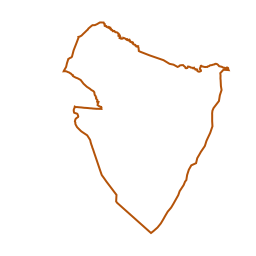 Ikere, Ekiti, Nigeria, rotated 289°
{"feature_id": "59680162B84830000650933", "entity_name": "Ikere", "entity_type": "district", "adm_level": 2, "iso_a3": "NGA", "parent_name": "Nigeria", "parent_adm1": "Ekiti", "projection": "equal_earth", "projection_center": [5.272, 7.511], "detail": "fine", "context": "isolated", "style": "outline", "palette": "amber", "viewbox_px": 256, "rotation_deg": 289, "n_neighbors": 0, "source": "geoboundaries", "source_scale": "gbopen_adm2", "svg_char_len": 5436}
<svg xmlns="http://www.w3.org/2000/svg" viewBox="0 0 256 256"><g transform="rotate(289 128 128)"><path d="M215.5,204.3L215.7,204.1L215.9,203.6L216.1,203.4L216.5,203.5L217.3,203.1L217.5,202.3L217.4,201.8L216.7,201.4L216.3,201.0L216.4,200.5L216.4,199.8L216.3,199.3L216.1,198.2L216.3,197.4L216.4,196.6L216.3,195.8L216.2,194.9L216.1,194.1L216.5,193.4L217.0,192.6L217.3,191.7L217.4,191.0L217.3,190.1L216.9,189.4L216.4,189.2L216.0,188.5L215.5,187.7L214.7,186.7L214.0,185.2L212.9,184.5L212.3,183.5L211.6,183.2L211.0,181.6L210.8,181.2L210.6,180.3L210.5,179.1L210.4,178.1L210.7,176.9L210.4,176.6L209.0,176.8L207.8,176.5L207.0,177.0L206.6,177.8L206.2,178.2L205.7,178.4L204.7,177.5L204.4,176.9L204.3,176.6L204.3,175.8L204.5,175.4L204.7,174.8L205.5,174.6L205.9,174.0L205.5,173.3L205.2,172.8L205.7,172.4L205.8,171.3L206.5,170.8L206.3,170.5L205.8,170.5L205.6,170.1L205.9,169.5L205.8,168.6L205.6,167.7L205.7,167.3L205.9,166.4L205.8,165.8L205.7,165.2L205.7,164.8L205.1,164.7L204.8,164.7L204.5,164.7L204.0,164.5L203.7,164.0L203.5,163.6L203.4,163.2L203.5,162.8L203.7,162.7L204.2,162.4L204.8,160.8L205.4,159.6L205.1,158.8L204.7,157.9L204.2,156.9L203.8,156.5L203.2,156.3L202.5,155.7L201.9,155.0L202.7,150.4L202.2,146.4L203.7,139.5L203.7,128.9L203.7,124.8L204.0,117.4L204.1,114.7L204.2,113.8L204.3,113.2L207.1,111.9L207.9,111.4L208.2,111.0L208.0,110.7L207.9,110.0L207.8,109.5L208.0,109.4L208.3,109.6L208.1,108.9L208.3,108.2L208.6,108.0L209.0,107.8L208.9,107.1L209.0,106.4L208.9,106.0L209.1,105.5L209.3,105.2L209.6,105.2L209.8,105.2L210.3,105.0L210.6,104.5L210.6,104.1L210.4,103.8L210.2,103.6L210.3,103.5L210.4,103.0L210.2,102.7L210.2,102.4L210.3,102.3L210.5,102.6L210.6,102.3L210.5,101.9L210.8,101.8L210.9,101.6L211.1,101.5L211.3,101.3L211.1,101.3L210.9,101.2L210.9,100.9L211.0,100.9L211.3,101.0L211.4,100.8L211.3,100.4L211.1,100.3L211.2,100.0L211.4,100.1L211.5,99.9L211.5,99.6L211.4,99.6L211.2,99.5L211.0,99.4L210.9,99.0L210.9,98.5L211.0,98.1L211.1,97.9L211.4,97.7L211.6,97.7L211.5,97.4L211.3,97.5L211.2,97.3L211.3,97.0L211.5,96.8L211.8,95.4L211.7,94.6L211.7,94.2L211.3,94.3L210.7,93.7L210.3,92.9L210.2,92.6L210.2,92.1L210.4,92.0L210.4,91.9L210.3,91.7L210.3,91.3L210.5,91.4L210.6,91.6L210.8,91.9L211.1,91.6L211.3,91.5L211.4,91.0L211.1,90.9L211.0,90.6L211.4,90.5L211.6,90.6L211.8,90.6L212.1,90.5L211.9,90.1L211.9,89.8L212.0,89.3L212.3,89.5L212.5,89.1L212.9,89.3L213.2,89.7L213.4,89.5L213.1,88.9L213.6,88.5L213.8,88.2L214.2,88.2L214.3,87.7L214.7,87.1L214.8,86.1L214.6,85.4L214.5,85.0L214.5,84.8L214.9,84.2L214.9,83.8L215.3,83.5L215.3,83.3L215.2,82.9L215.1,82.5L214.9,82.7L214.6,82.1L214.8,81.9L215.0,81.9L215.2,81.1L215.4,81.0L215.6,80.9L215.6,80.7L215.5,80.3L215.4,79.8L215.7,79.3L215.8,79.9L216.2,79.7L216.4,79.2L216.6,78.8L217.1,78.6L217.0,78.1L217.2,77.6L217.3,77.1L216.9,77.0L216.6,76.8L216.9,76.5L216.6,76.2L216.6,75.0L217.1,74.7L217.3,74.3L217.0,74.0L217.2,73.6L217.1,73.0L217.0,72.7L217.3,72.5L217.7,72.5L218.2,72.4L218.6,72.3L218.6,71.7L218.9,71.5L219.4,71.0L219.8,70.6L218.6,67.0L216.1,64.9L214.5,63.2L213.6,60.9L212.4,60.1L209.0,58.1L208.1,58.0L206.9,57.3L203.9,55.8L203.0,55.3L200.3,54.0L198.9,52.8L198.3,51.9L197.9,51.4L197.4,51.8L190.9,51.6L183.8,51.3L177.2,51.8L176.3,51.4L175.0,50.0L174.4,49.7L173.9,49.1L169.3,49.2L165.6,49.6L161.0,48.7L160.7,48.7L160.9,49.1L161.1,49.9L161.3,50.5L161.5,51.2L161.4,52.2L161.3,53.5L161.3,54.5L161.1,55.0L161.0,55.3L160.9,56.0L160.8,56.5L160.4,57.1L160.2,57.4L160.0,58.7L159.4,58.8L159.2,59.0L158.8,61.1L158.7,61.7L158.6,62.6L158.6,63.5L158.6,64.1L158.0,67.6L155.4,71.5L153.6,75.6L152.7,79.2L152.0,81.0L151.6,83.2L151.3,83.8L150.8,84.5L149.6,85.1L148.9,85.5L148.2,86.0L148.0,86.6L147.5,87.1L147.2,87.2L146.7,87.6L146.6,88.0L146.0,88.1L145.4,88.2L145.1,88.8L144.6,89.8L144.0,90.2L143.5,90.3L143.2,90.1L142.8,90.2L142.8,90.6L143.0,91.6L142.6,91.6L141.9,91.7L141.5,91.4L141.3,91.4L140.0,91.8L139.8,91.8L139.7,92.3L139.5,92.6L139.3,93.3L139.1,94.9L139.1,95.4L139.2,95.8L138.8,96.1L138.6,96.3L138.3,96.3L138.0,96.4L137.8,96.5L137.4,96.7L137.2,96.0L136.5,93.8L136.2,92.8L135.9,92.0L135.4,90.1L134.9,88.2L134.8,87.5L134.5,86.5L134.2,85.3L133.5,82.3L133.1,81.0L132.7,79.4L132.3,77.4L131.9,75.9L131.6,74.7L131.3,73.4L130.8,71.7L130.9,70.7L129.9,70.8L129.3,70.9L128.7,70.8L128.0,70.7L127.6,70.8L127.1,70.9L126.6,71.1L126.0,71.4L125.2,71.9L124.9,72.2L124.9,72.7L124.9,73.1L124.9,73.8L125.0,74.8L124.8,75.6L124.2,76.1L124.0,76.3L123.4,76.8L123.0,77.0L122.7,77.2L122.1,77.2L120.9,76.3L120.5,76.0L120.1,75.8L119.7,75.6L119.3,75.5L118.8,75.5L118.2,75.5L117.6,75.6L117.1,75.6L116.8,75.7L116.1,76.4L115.0,76.8L114.5,77.1L113.8,77.8L112.2,79.6L111.2,81.6L109.7,84.7L109.4,85.7L107.8,91.8L104.6,95.8L103.9,96.4L102.4,97.3L101.3,98.1L100.3,98.8L98.9,100.0L97.8,100.7L96.7,101.7L93.4,104.2L88.5,108.0L79.3,115.1L75.6,118.0L75.1,118.4L74.7,118.9L72.3,122.3L70.4,124.9L61.0,138.9L54.7,140.7L53.7,142.1L36.2,183.9L38.6,185.5L43.5,188.3L48.5,190.1L52.7,191.0L57.6,191.9L61.9,192.8L66.8,194.7L71.0,195.6L76.0,196.5L80.9,197.4L85.1,197.4L92.2,199.2L95.9,199.4L97.8,200.1L99.4,199.8L102.8,199.2L108.4,199.1L113.3,200.0L116.9,203.8L122.0,203.3L127.6,204.4L128.9,204.6L135.9,206.5L138.0,206.5L140.0,206.4L141.6,206.4L145.5,206.8L150.0,207.3L157.1,207.3L162.0,205.3L167.6,203.4L169.2,202.8L171.8,202.2L174.7,202.4L181.6,204.7L183.1,205.2L188.8,204.2L194.4,204.1L197.9,202.2L203.4,200.0L204.9,199.3L207.8,198.4L209.9,197.4L214.1,199.3L214.6,200.9L215.0,202.3L215.2,203.0L215.5,204.3Z" fill="none" stroke="#b45309" stroke-width="2"/></g></svg>